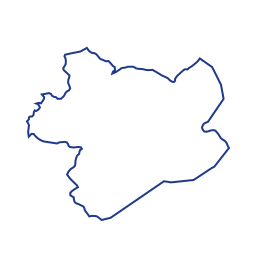 São Francisco de Assis do Piauí, Piauí, Brazil (orthographic projection), rotated 170°
{"feature_id": "56859067B59242064317932", "entity_name": "São Francisco de Assis do Piauí", "entity_type": "district", "adm_level": 2, "iso_a3": "BRA", "parent_name": "Brazil", "parent_adm1": "Piauí", "projection": "orthographic", "projection_center": [-41.535, -8.197], "detail": "fine", "context": "isolated", "style": "outline", "palette": "blue", "viewbox_px": 256, "rotation_deg": 170, "n_neighbors": 0, "source": "geoboundaries", "source_scale": "gbopen_adm2", "svg_char_len": 2748}
<svg xmlns="http://www.w3.org/2000/svg" viewBox="0 0 256 256"><g transform="rotate(170 128 128)"><path d="M49.7,74.9L32.0,90.8L32.8,92.8L33.3,95.5L34.3,97.7L35.6,99.2L36.9,100.3L38.2,101.7L40.3,106.7L42.3,110.1L44.2,111.1L47.3,111.2L50.0,110.7L52.0,110.8L53.6,111.4L54.7,113.5L55.1,115.5L54.0,117.5L52.3,119.2L48.1,120.3L36.3,132.4L28.8,140.1L28.9,154.4L34.5,173.3L45.2,184.0L46.8,182.4L48.5,181.1L49.8,180.3L52.4,178.8L54.4,177.8L57.9,176.3L59.1,175.4L60.6,175.7L62.2,175.9L64.0,174.9L66.1,173.6L70.9,170.5L73.1,168.2L73.4,166.5L74.3,165.5L75.9,165.5L78.4,167.6L80.2,170.2L85.4,173.8L89.8,177.7L93.8,181.0L98.2,181.5L100.5,182.2L103.5,183.5L107.9,184.6L109.8,185.4L110.9,186.5L112.2,187.4L114.0,187.8L115.7,188.0L117.4,188.4L118.8,188.1L120.5,188.0L122.1,188.1L124.2,188.0L125.6,187.2L128.9,185.8L130.8,185.0L132.4,184.7L134.0,184.3L132.9,186.2L130.9,187.0L130.6,188.9L130.5,190.4L132.1,191.7L133.6,194.3L134.7,196.1L135.8,197.4L138.0,197.5L139.6,198.5L141.3,199.7L143.2,200.7L144.0,202.0L145.5,204.6L146.2,205.9L147.9,207.4L150.6,208.3L152.2,209.8L153.2,211.0L154.6,214.0L161.5,211.6L171.0,211.4L173.3,211.3L177.2,211.1L178.1,209.7L177.5,207.4L177.5,205.2L177.8,203.6L178.4,201.5L179.5,200.2L181.2,198.5L181.5,196.9L180.6,195.3L176.5,190.0L177.1,188.0L178.3,186.0L179.1,183.3L178.9,181.7L178.4,179.9L178.1,177.1L179.6,175.3L181.3,174.9L182.9,173.8L183.9,172.9L184.8,171.5L186.1,170.2L188.8,168.5L190.6,168.7L192.3,169.0L193.7,170.9L195.2,171.4L197.0,172.7L197.9,174.8L199.8,176.1L203.2,176.0L205.3,176.0L207.0,176.0L205.2,172.9L205.7,171.4L206.6,170.2L209.4,167.4L211.8,168.3L214.0,168.0L212.5,167.1L211.7,165.4L211.2,163.5L212.6,162.1L214.1,161.2L215.7,160.7L216.9,161.5L218.0,159.8L218.8,157.2L220.5,156.0L222.1,156.3L223.7,155.7L224.2,153.6L226.4,152.0L225.5,149.9L225.0,147.7L225.7,146.1L226.0,144.6L227.0,141.7L227.2,138.9L227.2,136.7L224.0,139.0L221.8,138.4L221.2,137.0L219.8,135.0L217.7,132.5L214.4,129.9L210.8,128.5L206.5,127.1L200.7,125.1L198.0,125.8L192.6,125.3L190.7,124.4L189.8,122.5L189.6,120.6L188.6,119.5L187.0,118.9L185.0,118.3L183.2,118.1L180.4,118.0L177.7,117.1L177.1,115.4L179.0,114.6L179.9,113.1L180.6,111.0L183.0,109.5L184.5,106.9L185.6,104.2L186.1,101.7L186.8,100.1L188.1,99.0L189.9,98.2L191.4,97.6L192.6,96.8L194.2,95.3L196.1,92.8L194.0,88.5L193.0,87.0L191.6,85.0L188.2,80.3L187.6,78.4L191.0,77.1L194.2,75.6L196.1,74.1L196.5,71.8L194.8,70.2L193.5,69.2L193.7,67.5L193.5,64.8L192.7,63.3L189.9,61.6L187.2,59.6L185.6,58.5L184.9,56.7L184.8,54.4L183.5,51.9L182.3,49.5L181.5,47.7L178.7,47.7L175.5,47.0L173.9,46.3L172.5,44.9L171.2,43.4L169.9,42.0L160.7,42.6L123.2,59.6L114.0,63.8L110.7,65.3L101.8,69.3L96.7,67.6L95.3,67.0L86.6,66.4L72.4,65.4L56.3,72.4L52.6,74.0L49.7,74.9Z" fill="none" stroke="#1e3a8a" stroke-width="2"/></g></svg>